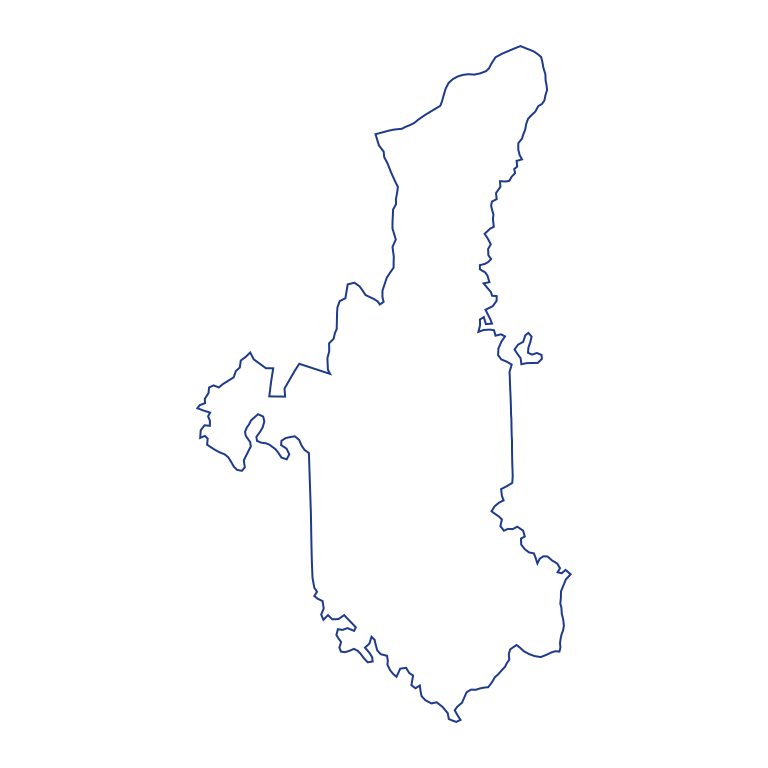 Ijuí, Rio Grande do Sul, Brazil
{"feature_id": "56859067B40890033083264", "entity_name": "Ijuí", "entity_type": "district", "adm_level": 2, "iso_a3": "BRA", "parent_name": "Brazil", "parent_adm1": "Rio Grande do Sul", "projection": "mercator", "projection_center": [-53.893, -28.297], "detail": "fine", "context": "isolated", "style": "outline", "palette": "blue", "viewbox_px": 768, "rotation_deg": 0, "n_neighbors": 0, "source": "geoboundaries", "source_scale": "gbopen_adm2", "svg_char_len": 5200}
<svg xmlns="http://www.w3.org/2000/svg" viewBox="0 0 768 768"><path d="M535.3,111.6L538.2,106.2L541.9,104.0L544.4,100.5L545.5,95.0L547.1,90.1L546.5,84.9L545.6,80.6L545.4,74.3L543.4,67.9L542.4,62.0L541.1,57.0L538.2,54.5L533.9,51.5L529.5,49.7L520.4,46.1L514.6,48.4L508.7,50.9L502.1,53.7L495.6,57.2L491.3,63.8L489.0,68.3L486.1,71.1L480.1,73.4L474.3,74.6L468.4,74.2L462.9,74.9L457.9,76.4L452.7,79.2L448.6,83.0L445.7,88.5L443.5,95.9L441.9,101.7L440.3,105.8L432.9,110.2L424.7,115.2L418.2,119.7L414.5,122.8L410.2,125.0L405.2,127.0L401.8,128.8L393.8,129.6L388.6,130.7L375.5,134.2L378.9,145.4L383.7,151.7L384.2,157.2L387.3,162.9L391.1,172.5L395.5,182.2L397.9,186.9L397.1,192.9L395.9,199.2L396.1,204.0L393.1,209.5L392.8,216.3L392.5,222.3L392.5,228.6L395.8,239.5L392.5,246.9L393.8,256.7L393.6,263.7L393.6,267.7L391.0,271.3L386.7,277.8L384.7,284.0L382.5,290.5L382.4,296.7L383.6,301.9L379.8,304.5L377.6,301.3L374.1,299.1L365.5,295.0L362.2,289.9L359.4,286.2L354.4,282.7L347.7,284.4L345.4,298.2L339.7,301.1L337.5,307.2L337.1,312.1L336.7,329.1L334.9,333.1L333.6,338.8L329.1,343.3L329.2,351.4L327.4,358.2L327.9,369.7L330.1,373.9L299.3,363.8L294.8,370.7L284.5,388.6L285.1,396.6L269.3,396.4L271.1,381.7L273.2,368.3L265.9,368.2L253.8,359.4L250.2,352.5L245.9,356.7L240.8,360.5L239.8,367.5L235.9,371.0L233.6,377.4L230.2,379.5L222.6,384.3L218.9,387.4L213.5,385.4L209.1,387.5L208.5,393.1L204.8,398.8L205.0,403.2L199.8,405.1L197.4,408.2L203.1,410.4L210.1,412.6L208.1,416.3L209.9,420.7L209.9,425.8L204.5,425.3L200.7,430.3L200.2,437.9L204.9,435.9L207.7,438.6L207.1,444.7L214.4,449.5L219.5,452.3L224.6,454.3L228.2,457.2L231.1,461.8L233.8,466.6L237.1,469.9L241.9,470.8L244.8,467.4L243.8,460.4L248.1,451.7L250.8,446.4L250.2,442.1L245.8,435.9L245.0,431.9L246.8,427.5L249.0,424.5L251.1,420.3L258.1,414.2L263.2,416.6L264.3,421.4L262.7,427.3L260.0,431.9L256.4,436.8L257.0,440.9L261.4,442.7L266.0,443.3L269.3,444.6L275.5,449.2L278.2,452.6L281.5,457.6L286.7,459.3L289.3,454.3L286.5,448.6L281.1,445.1L281.5,440.7L285.7,438.1L290.5,437.0L294.8,436.3L299.2,440.0L301.5,445.5L304.7,450.1L308.9,453.0L310.6,504.8L310.9,513.3L311.4,542.9L311.8,559.8L312.5,577.8L314.3,587.7L317.0,591.8L314.3,596.0L317.6,598.7L322.6,601.1L323.7,608.5L321.2,614.5L323.4,619.8L328.0,615.1L332.2,619.3L338.4,619.1L344.2,615.1L348.1,619.3L352.5,623.8L355.8,627.3L354.1,630.9L347.5,628.1L342.5,629.9L337.9,629.2L336.4,635.0L338.6,638.6L341.1,642.0L339.4,647.6L340.9,651.6L344.8,652.2L349.0,651.0L353.9,648.9L357.6,650.7L360.6,653.8L363.7,658.0L367.7,662.3L372.6,661.5L372.2,657.3L369.5,652.9L365.0,647.6L369.5,643.5L371.5,636.8L374.6,639.8L375.5,643.9L377.2,650.3L380.7,654.2L387.0,655.8L387.8,660.6L387.4,664.8L390.2,670.3L393.2,674.0L396.5,676.8L400.2,668.7L406.1,667.8L409.2,673.0L413.1,675.5L411.4,685.2L415.5,688.3L419.8,685.5L420.7,692.0L421.6,696.2L425.5,700.3L431.3,703.4L436.7,702.3L442.5,706.9L447.7,713.1L448.8,719.0L452.5,720.6L456.3,721.9L460.5,719.9L457.7,715.6L454.7,710.3L457.1,706.9L462.0,702.7L464.3,697.5L466.6,692.2L471.1,689.6L475.6,689.8L480.5,688.3L484.1,687.6L488.2,687.2L491.9,682.4L494.8,677.3L498.3,674.2L501.7,670.3L505.1,666.7L506.8,663.2L509.3,659.7L508.8,654.0L510.2,649.4L513.3,647.2L516.6,645.0L519.9,647.6L523.8,651.2L529.3,654.2L534.4,656.0L540.7,657.1L547.2,654.5L551.2,652.5L555.4,651.2L559.4,651.6L560.4,647.6L560.0,643.1L560.6,638.9L561.4,634.9L563.1,630.3L563.9,625.5L563.3,620.2L561.8,613.8L561.4,607.7L560.3,603.7L560.9,597.7L561.0,591.4L563.3,585.7L565.8,579.5L570.6,574.3L565.6,569.9L561.8,573.2L557.6,572.3L560.0,568.2L557.3,563.6L552.1,560.5L547.5,556.5L543.4,556.3L539.7,558.7L537.4,563.5L535.5,557.6L533.9,553.4L529.0,552.4L524.7,549.1L521.2,544.6L521.0,538.6L524.8,536.5L523.1,530.6L517.3,526.7L512.7,529.1L507.9,528.9L503.9,530.7L500.4,526.1L501.9,519.5L498.8,516.4L495.2,514.0L491.5,511.3L494.6,506.3L498.8,502.8L503.6,500.3L501.9,495.8L501.1,489.1L506.8,486.2L512.3,482.8L512.7,475.8L512.5,469.4L512.3,464.9L512.2,459.6L512.1,455.4L512.0,448.6L512.0,441.1L511.7,435.5L511.5,426.9L511.4,419.2L511.0,413.5L511.0,409.5L510.8,403.6L510.6,397.5L510.4,393.1L510.2,388.7L510.0,383.9L509.8,377.1L509.5,372.1L511.7,364.6L506.6,361.6L501.3,359.4L498.1,355.2L498.4,348.6L501.3,341.8L505.0,336.4L501.0,334.3L495.5,335.7L494.0,330.2L489.8,329.6L483.6,330.0L478.4,331.9L480.1,325.2L479.9,319.5L483.8,317.1L485.9,324.1L492.0,323.6L490.5,319.7L485.5,309.7L492.6,306.3L496.6,300.9L496.7,296.1L492.1,295.8L490.9,292.1L483.6,283.4L489.4,282.2L487.5,275.7L485.3,272.5L479.9,269.3L479.9,265.1L484.7,264.0L488.4,261.9L491.1,259.0L488.4,255.3L488.1,249.0L490.8,244.3L487.8,238.6L484.6,233.8L490.2,228.6L493.8,226.8L492.9,218.7L493.5,214.8L492.1,210.0L491.1,205.8L491.9,201.6L496.7,199.1L496.0,193.1L500.4,186.9L500.0,181.2L505.6,181.5L509.4,180.8L511.5,176.9L515.1,173.1L514.2,169.0L517.2,166.6L516.6,160.9L522.0,159.4L519.7,155.2L518.3,149.8L518.3,143.2L522.0,138.6L523.3,134.4L525.1,129.9L526.3,123.7L528.1,118.7L531.3,115.4L535.3,111.6ZM521.4,364.2L527.0,363.1L532.4,363.0L537.8,362.9L541.9,358.9L541.5,354.9L536.9,353.0L532.0,354.6L528.0,352.8L528.4,347.6L530.2,342.5L531.6,336.6L528.4,332.9L525.3,335.3L523.2,341.8L518.0,344.7L514.5,349.5L517.4,353.9L520.6,358.2L521.4,364.2Z" fill="none" stroke="#1e3a8a" stroke-width="2"/></svg>